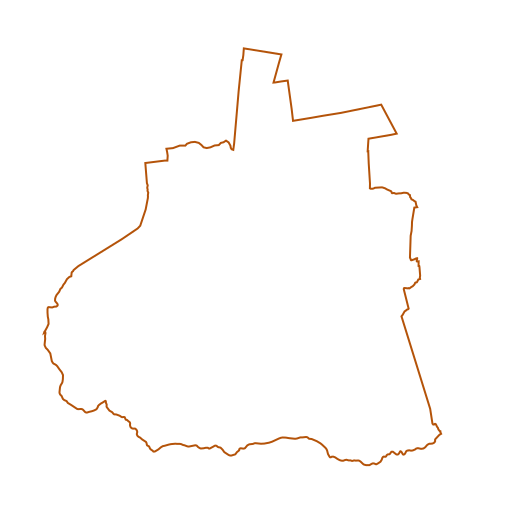 Filipestii De Padure, Prahova, Romania (Equal Earth projection), rotated 276°
{"feature_id": "2599482B38308442740550", "entity_name": "Filipestii De Padure", "entity_type": "district", "adm_level": 2, "iso_a3": "ROU", "parent_name": "Romania", "parent_adm1": "Prahova", "projection": "equal_earth", "projection_center": [25.71, 44.993], "detail": "fine", "context": "isolated", "style": "outline", "palette": "amber", "viewbox_px": 512, "rotation_deg": 276, "n_neighbors": 0, "source": "geoboundaries", "source_scale": "gbopen_adm2", "svg_char_len": 5813}
<svg xmlns="http://www.w3.org/2000/svg" viewBox="0 0 512 512"><g transform="rotate(276 256 256)"><path d="M97.8,457.7L98.5,458.7L99.9,457.9L101.8,457.5L100.8,457.3L102.5,455.6L104.2,454.8L105.1,453.9L107.4,452.5L107.6,452.2L107.8,451.6L107.6,451.2L107.1,450.9L106.9,449.9L107.8,449.0L122.2,445.2L211.2,407.0L212.8,408.0L216.5,409.6L217.3,410.7L218.3,411.5L219.0,412.9L219.6,413.3L238.5,406.4L239.4,406.5L239.7,407.1L239.7,410.4L239.7,410.6L240.0,411.1L239.8,411.8L240.1,412.3L241.4,413.7L242.3,415.0L244.3,416.6L245.8,417.0L246.3,417.4L246.4,417.7L246.5,418.5L247.0,418.9L249.6,419.9L250.3,421.6L251.6,421.2L253.6,421.3L262.2,419.7L263.1,419.4L263.1,418.7L267.7,418.3L267.4,417.2L267.4,416.6L267.6,416.4L268.5,416.3L270.1,416.6L270.6,416.5L270.4,415.6L269.2,413.7L268.0,411.1L268.0,410.7L268.3,410.4L269.8,409.8L270.3,409.3L292.3,407.7L297.1,408.1L302.3,407.9L306.1,407.6L308.8,407.7L320.7,408.4L321.4,411.2L323.2,410.1L326.7,409.0L327.1,407.9L328.2,406.1L328.6,404.7L330.0,403.9L330.6,403.2L332.7,402.7L333.2,401.4L334.1,400.7L334.4,399.6L334.5,398.9L334.4,396.4L333.5,393.7L333.2,391.5L332.6,389.1L332.6,388.3L333.1,386.7L332.7,384.8L333.0,384.4L334.2,383.9L334.6,383.4L335.9,379.3L336.8,377.3L337.4,374.6L337.4,373.8L336.3,367.2L335.4,365.8L335.0,364.5L334.9,363.0L335.2,362.2L339.9,361.8L360.0,358.4L371.7,356.7L371.9,356.7L371.8,356.1L384.4,355.6L390.7,377.9L392.4,383.1L419.6,364.7L407.2,325.5L402.5,308.1L399.3,296.9L394.3,278.7L405.9,276.1L433.8,269.2L432.2,262.7L430.6,256.9L430.3,255.3L450.8,258.7L459.1,260.2L461.2,222.2L454.4,222.4L449.3,222.2L449.2,221.4L418.5,221.5L365.7,222.5L359.2,222.3L359.6,220.6L361.0,219.6L363.1,219.0L366.1,216.9L367.6,214.1L365.7,211.8L364.8,209.2L362.4,207.4L361.6,203.3L359.3,199.3L358.2,195.7L358.6,192.5L360.7,190.1L362.5,187.3L363.1,183.3L362.3,179.4L360.4,175.6L358.4,174.2L357.8,168.6L354.6,162.1L353.3,155.7L350.3,156.7L346.5,157.7L341.6,157.9L341.3,155.1L336.9,136.2L317.0,139.9L315.0,140.9L312.4,140.7L310.8,141.3L309.4,141.3L307.8,142.2L305.1,142.1L304.2,142.3L302.3,142.4L290.7,141.4L274.0,137.7L271.0,135.4L258.8,120.9L227.4,80.4L223.4,76.5L223.0,76.1L221.7,75.6L221.0,74.8L220.2,74.4L216.5,74.4L215.7,72.6L213.2,70.4L209.2,68.7L207.4,67.5L204.8,66.5L204.2,66.2L202.8,64.9L199.9,64.0L196.3,61.7L194.3,61.0L192.5,60.7L190.5,60.8L189.6,61.5L187.9,63.3L187.1,63.8L186.3,63.9L185.8,63.7L185.0,62.9L184.8,62.5L184.5,60.6L183.6,58.9L183.5,57.9L183.5,55.1L183.0,54.4L181.3,54.2L177.7,54.6L173.8,55.3L171.3,56.1L166.8,56.8L163.3,55.7L159.3,54.0L158.6,53.5L157.6,53.3L158.3,54.0L158.4,54.3L157.4,54.7L154.4,54.5L151.5,55.0L145.7,55.0L144.9,55.2L142.6,56.6L141.0,58.6L137.6,61.6L130.2,63.9L128.6,65.0L127.8,65.9L127.3,67.3L126.6,68.7L125.7,69.8L122.8,72.3L120.1,74.9L117.4,76.5L113.4,76.8L110.7,76.7L109.7,76.5L106.9,75.2L105.1,74.8L100.3,74.8L99.3,74.9L98.1,75.5L97.5,76.0L96.6,77.2L93.7,78.9L92.7,80.3L91.9,82.8L90.2,84.2L88.5,87.8L85.2,94.1L85.1,94.8L85.1,95.3L85.6,98.0L85.4,99.4L84.8,100.3L83.0,102.3L82.6,103.3L82.6,104.2L83.6,106.5L84.4,108.8L85.3,110.8L86.5,112.8L87.3,113.6L88.4,114.1L89.4,114.5L90.1,114.5L91.4,115.4L93.3,117.4L94.0,118.5L96.1,121.1L96.2,121.4L95.9,121.8L94.3,122.1L92.7,123.0L90.7,123.1L90.1,123.4L86.9,126.4L85.6,129.3L84.3,130.6L83.8,131.3L83.7,131.7L83.8,133.5L83.6,134.4L82.9,137.1L82.0,138.8L81.7,139.7L82.1,141.5L81.9,142.3L79.7,143.5L79.5,143.9L79.5,144.7L79.3,145.1L78.3,146.4L77.7,147.5L77.2,148.0L76.0,148.4L75.1,148.3L74.1,148.5L73.0,149.0L72.5,149.3L71.7,150.5L71.5,151.2L71.5,152.2L71.7,153.3L71.7,153.8L71.4,154.4L70.4,155.5L69.3,156.1L68.4,156.3L67.1,156.1L66.3,156.1L65.2,156.6L64.5,157.2L63.8,158.3L63.3,159.7L61.7,161.9L59.6,166.0L58.5,166.7L57.1,167.1L56.3,167.5L55.4,169.6L53.3,170.8L52.5,171.8L51.6,173.5L50.8,174.4L50.8,175.0L51.0,175.8L51.3,176.3L53.5,179.2L55.8,181.4L57.1,183.1L57.8,185.2L59.3,188.9L60.0,191.0L60.9,195.5L60.9,197.3L61.1,198.7L61.2,199.8L61.1,201.2L60.4,203.3L60.3,204.6L59.6,207.2L59.4,208.5L59.6,209.6L61.4,215.3L61.4,216.1L61.2,216.9L60.0,218.3L59.3,219.6L58.9,220.6L58.8,221.4L59.3,224.0L60.0,226.0L60.2,227.5L60.2,228.2L59.6,229.3L59.7,230.1L62.2,233.8L62.9,234.6L63.2,235.5L63.1,236.6L62.2,237.8L61.9,238.7L61.8,240.3L61.6,240.9L59.8,243.1L57.8,244.8L57.2,245.8L55.2,249.7L54.9,250.9L54.9,252.0L55.1,252.7L56.0,254.7L56.3,255.6L56.7,256.2L58.9,257.5L60.8,259.4L61.1,259.6L62.0,259.5L62.9,260.2L63.2,261.0L63.1,263.3L63.2,264.1L63.7,265.1L66.8,267.2L68.0,269.0L68.8,272.6L69.5,273.9L69.7,274.5L69.8,275.6L69.8,280.6L70.3,283.8L71.7,288.5L73.0,291.4L76.9,297.9L77.8,299.7L78.3,301.5L78.5,304.7L78.3,307.9L78.3,314.0L78.8,315.9L80.2,319.0L80.5,321.4L81.2,324.6L81.2,325.4L81.0,326.2L79.8,327.9L79.8,330.5L78.2,335.8L76.4,339.7L75.3,341.4L72.5,345.1L71.5,346.1L70.1,347.0L66.6,348.3L64.2,350.0L63.6,350.6L63.6,351.4L64.2,352.2L64.4,352.6L64.5,353.4L64.5,354.0L64.0,355.8L62.7,358.2L62.0,359.9L61.6,361.1L61.4,362.5L61.5,364.1L62.4,365.9L62.8,367.2L62.4,369.6L62.6,371.6L62.3,372.4L62.3,373.1L62.4,373.7L62.8,374.4L63.0,375.2L62.9,376.5L63.3,378.9L63.3,379.7L62.6,381.3L60.3,384.3L59.8,385.3L59.5,387.5L59.9,390.7L61.5,392.9L62.0,394.0L62.0,395.1L61.4,397.2L61.6,397.7L62.5,399.0L64.4,401.3L66.5,402.3L68.6,402.8L69.5,403.4L69.9,404.1L69.8,405.4L70.0,406.0L70.5,406.4L71.4,406.7L72.1,407.3L72.5,407.9L72.7,409.2L73.0,409.7L75.4,411.1L75.6,411.7L75.6,412.7L73.5,416.0L73.3,416.6L73.3,417.3L73.6,418.1L74.2,418.6L75.1,419.1L76.6,419.7L76.9,420.0L76.9,420.3L76.3,421.2L74.1,422.8L73.9,423.2L73.9,423.6L74.3,424.3L75.1,424.9L77.5,425.8L78.1,426.5L78.6,427.7L78.5,427.9L78.8,428.9L78.6,430.5L79.0,432.2L80.2,434.4L81.2,435.4L81.7,436.6L81.8,437.5L81.5,440.0L81.6,441.0L82.1,442.7L83.5,444.3L85.7,445.8L86.5,446.6L87.4,448.0L87.5,449.1L87.9,451.0L88.5,452.1L89.0,452.7L89.9,453.3L90.3,453.3L90.6,453.5L92.0,453.3L92.6,453.5L97.1,456.9L97.8,457.7Z" fill="none" stroke="#b45309" stroke-width="2"/></g></svg>